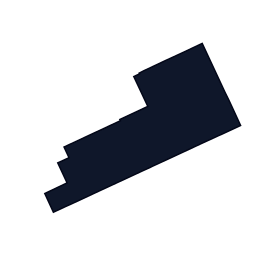 outline of Hidalgo, New Mexico, United States of America, rotated 245°
{"feature_id": "52423323B51310319192871", "entity_name": "Hidalgo", "entity_type": "district", "adm_level": 2, "iso_a3": "USA", "parent_name": "United States of America", "parent_adm1": "New Mexico", "projection": "equal_earth", "projection_center": [-108.78, 32.055], "detail": "fine", "context": "isolated", "style": "filled", "palette": "ink", "viewbox_px": 256, "rotation_deg": 245, "n_neighbors": 0, "source": "geoboundaries", "source_scale": "gbopen_adm2", "svg_char_len": 651}
<svg xmlns="http://www.w3.org/2000/svg" viewBox="0 0 256 256"><g transform="rotate(245 128 128)"><path d="M83.1,74.8L83.0,122.9L83.0,123.6L82.9,131.6L83.0,133.7L82.9,154.1L82.9,155.4L82.9,158.0L82.9,162.7L82.9,164.7L82.9,187.6L82.8,207.2L82.7,210.0L82.7,231.1L103.1,231.2L104.1,231.2L110.8,231.2L119.6,231.0L144.6,231.0L173.3,231.0L173.2,207.2L173.3,190.9L173.2,166.6L173.0,161.3L172.2,161.3L172.2,155.0L139.2,155.1L139.2,124.2L137.8,124.2L137.8,97.0L137.8,62.0L126.0,62.0L126.1,49.6L116.3,49.6L104.0,49.6L103.8,24.9L83.2,24.8L83.2,36.8L83.2,37.3L83.2,37.8L83.2,38.5L83.1,43.4L83.1,74.8Z" fill="#0f172a" stroke="#020617" stroke-width="1.5"/></g></svg>